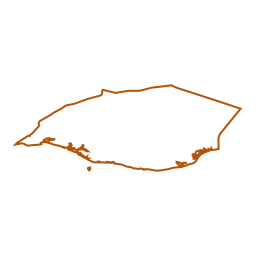 outline of Suðurland
{"feature_id": "ISL-705", "entity_name": "Suðurland", "entity_type": "Region", "adm_level": 1, "iso_a3": "ISL", "parent_name": "Iceland", "parent_adm1": "", "projection": "natural_earth1", "projection_center": [-19.582, 64.139], "detail": "fine", "context": "isolated", "style": "outline", "palette": "amber", "viewbox_px": 256, "rotation_deg": 0, "n_neighbors": 0, "source": "natural_earth", "source_scale": "10m", "svg_char_len": 4309}
<svg xmlns="http://www.w3.org/2000/svg" viewBox="0 0 256 256"><path d="M218.6,149.0L214.9,149.7L210.8,150.2L211.2,149.8L211.5,149.3L211.5,148.7L211.2,148.1L210.9,148.9L210.4,149.5L209.7,149.7L209.1,149.3L209.2,149.6L209.2,149.8L209.4,150.1L209.4,150.5L203.6,152.9L204.1,151.6L205.2,150.9L206.6,150.6L207.9,150.5L207.9,150.1L204.9,149.2L203.9,148.5L203.6,149.3L203.7,149.6L203.9,150.1L202.7,150.5L201.6,150.4L200.5,150.1L199.3,150.1L200.2,150.5L200.2,150.8L199.1,150.8L198.6,150.9L198.1,151.3L197.4,151.0L196.6,151.4L195.9,152.0L195.7,152.7L195.4,153.7L194.8,154.4L194.0,154.6L193.2,154.0L192.6,154.5L192.4,155.0L192.7,155.4L193.4,155.6L193.9,155.5L194.8,154.9L195.5,154.8L199.0,155.1L200.3,154.8L198.4,157.0L197.2,157.6L196.0,157.2L196.3,156.8L194.5,156.8L194.6,157.4L193.3,157.3L192.6,157.6L193.2,157.6L193.6,157.7L193.7,158.1L193.6,158.8L196.9,158.7L197.5,158.4L196.5,160.3L194.9,162.1L192.8,163.4L188.2,164.6L185.3,165.9L182.5,166.3L181.0,165.1L181.6,164.7L182.9,164.4L183.3,164.1L183.9,163.5L184.5,163.2L185.9,163.1L185.9,162.8L184.6,162.7L182.2,163.2L181.0,163.1L178.0,162.0L177.0,161.9L177.3,162.4L177.0,162.5L176.9,162.6L176.7,162.8L177.1,163.1L178.1,164.1L178.4,164.3L178.9,164.7L179.1,165.5L179.2,166.3L179.4,166.7L181.2,166.7L182.3,166.7L183.1,166.8L173.5,167.7L167.9,169.2L158.5,170.7L156.2,170.7L147.6,169.1L144.0,169.7L142.7,169.5L143.2,169.4L143.4,169.3L143.6,169.1L142.0,168.9L141.2,168.6L140.5,168.3L139.6,169.0L133.6,168.3L133.0,168.1L130.7,167.1L127.0,166.7L121.8,164.6L114.6,163.5L113.1,162.8L113.8,162.7L114.1,162.5L114.1,162.2L113.5,161.9L112.9,161.9L112.2,162.3L111.6,162.4L107.3,161.9L107.5,162.2L112.0,162.8L100.1,162.3L99.4,161.6L99.2,161.6L98.9,161.8L98.6,161.7L98.4,161.6L98.1,161.6L98.4,162.4L95.0,162.4L93.3,162.2L86.5,158.9L85.9,158.4L86.5,158.7L87.2,158.8L88.0,158.7L88.6,158.4L88.1,158.3L87.0,158.0L86.5,158.0L86.7,157.1L86.8,156.8L86.0,157.5L85.2,157.8L84.4,157.7L83.4,157.2L83.4,156.8L85.0,157.2L84.4,156.3L83.5,155.8L82.7,155.4L81.9,154.8L81.2,153.9L80.8,153.2L80.3,152.8L79.1,152.9L79.1,153.2L80.7,154.5L81.6,155.4L82.2,156.4L79.2,154.8L77.9,153.8L77.0,152.5L77.2,152.4L77.6,152.0L77.3,151.8L76.7,150.8L78.0,150.0L79.4,149.5L82.4,149.3L83.8,149.6L86.3,151.2L87.8,151.3L87.0,150.7L85.9,149.6L85.3,149.3L81.9,148.1L83.3,146.7L83.5,146.1L83.3,145.3L82.8,145.1L82.4,145.3L82.6,145.8L82.6,146.1L82.0,146.7L80.1,148.1L78.8,148.9L78.0,149.5L76.9,149.7L76.5,149.9L76.5,150.4L76.5,151.1L76.4,151.7L76.1,152.2L75.8,152.4L73.8,151.7L71.9,150.7L70.4,150.3L67.2,148.9L70.1,148.9L70.7,149.0L71.7,149.6L72.4,149.7L72.5,149.3L73.1,149.2L74.6,149.3L74.6,148.9L73.3,148.9L73.3,148.5L73.5,148.5L73.8,148.5L74.0,148.5L74.0,148.1L70.8,148.6L69.7,148.5L69.7,148.1L71.2,147.0L71.7,145.2L71.1,143.7L69.4,143.4L69.4,143.8L70.6,144.1L70.5,144.8L69.6,145.8L68.0,147.1L66.9,147.5L65.7,147.7L64.5,147.3L64.9,148.2L65.1,148.5L63.3,147.4L59.3,145.8L53.6,144.6L51.6,143.8L50.6,143.5L49.5,143.0L48.6,142.1L48.9,141.7L48.8,141.1L48.3,139.8L51.8,139.9L53.7,139.7L55.1,139.0L51.7,139.0L49.6,138.3L48.8,138.2L46.5,138.6L46.0,138.8L45.6,139.1L44.2,140.0L43.7,140.2L43.7,140.6L46.0,141.1L47.1,141.7L47.7,142.6L46.7,142.3L44.7,142.1L42.7,142.2L41.4,142.5L40.7,143.1L41.3,144.1L41.0,144.2L40.9,144.3L40.6,144.5L27.5,145.6L25.9,144.9L24.4,144.0L23.1,143.5L21.6,143.3L15.4,144.6L16.3,143.6L17.1,142.8L28.0,135.9L29.7,135.9L30.0,135.8L30.0,135.7L30.4,134.8L30.6,134.5L31.7,133.8L32.8,132.9L34.6,130.8L38.6,126.5L38.9,125.8L39.3,125.0L38.7,123.6L38.6,123.2L38.6,122.8L38.8,122.5L39.4,121.6L39.9,121.0L50.6,114.9L53.8,112.6L60.4,109.2L65.6,105.7L66.7,105.3L73.9,103.9L87.9,98.9L99.8,95.7L101.1,95.0L101.8,94.5L102.0,94.3L102.1,93.9L102.2,93.4L102.2,92.8L102.1,91.9L102.1,91.5L102.2,91.2L102.8,89.8L114.2,92.6L115.3,92.8L116.6,92.7L128.2,90.8L139.3,90.8L151.9,87.7L171.6,85.3L175.7,87.4L180.1,88.9L192.9,93.0L215.4,100.3L240.6,108.7L220.3,133.6L218.7,137.1L218.5,138.3L218.5,148.3L218.6,148.9L218.6,149.0ZM89.9,167.9L90.1,168.1L90.3,168.8L90.0,169.4L89.5,170.0L89.1,170.4L88.8,170.1L88.5,169.6L88.3,169.2L87.9,168.5L88.1,167.9L89.0,167.6L90.0,167.5L89.9,167.9ZM202.3,152.1L202.6,152.5L202.6,153.0L202.4,153.6L201.7,154.2L201.4,154.3L201.7,154.0L201.9,153.7L201.9,153.4L201.5,153.2L201.0,153.3L199.1,153.7L199.2,153.2L200.5,152.4L201.3,152.1L201.6,152.1L202.3,152.1Z" fill="none" stroke="#b45309" stroke-width="2"/></svg>